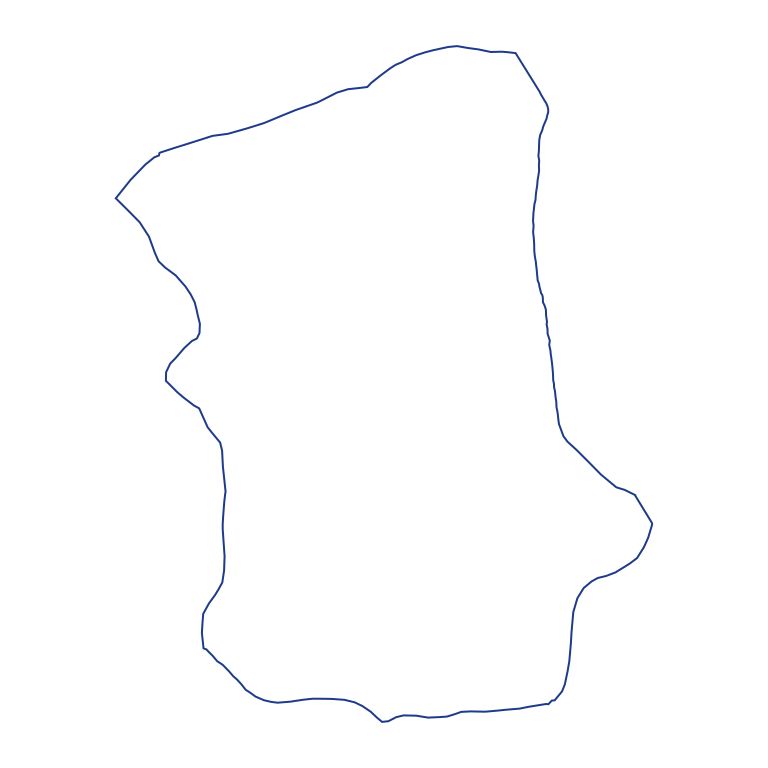 the district of Bambey, Diourbel, Senegal
{"feature_id": "50182788B75300917140294", "entity_name": "Bambey", "entity_type": "district", "adm_level": 2, "iso_a3": "SEN", "parent_name": "Senegal", "parent_adm1": "Diourbel", "projection": "natural_earth1", "projection_center": [-16.464, 14.81], "detail": "fine", "context": "isolated", "style": "outline", "palette": "blue", "viewbox_px": 768, "rotation_deg": 0, "n_neighbors": 0, "source": "geoboundaries", "source_scale": "gbopen_adm2", "svg_char_len": 3218}
<svg xmlns="http://www.w3.org/2000/svg" viewBox="0 0 768 768"><path d="M515.6,53.1L508.7,52.3L501.9,51.7L490.9,52.0L478.4,49.4L468.0,48.0L457.1,46.1L448.1,47.0L447.7,47.1L440.6,48.6L432.5,50.4L425.3,52.3L416.1,55.2L407.6,59.0L401.7,62.3L399.5,63.2L396.1,64.6L394.1,65.8L389.8,68.6L380.9,75.2L371.3,82.8L367.3,87.0L360.1,87.9L348.1,89.2L336.9,92.6L320.8,100.8L317.1,102.6L295.8,110.0L282.5,115.4L271.0,120.2L264.2,123.0L247.7,128.2L228.0,133.8L212.4,135.9L190.5,142.9L173.9,148.1L160.1,152.6L159.4,153.1L159.1,154.6L158.9,155.5L154.3,157.3L145.3,164.6L130.7,179.7L115.8,198.3L129.4,211.8L139.7,222.3L149.0,236.7L154.9,252.9L158.6,261.3L165.2,267.6L175.7,275.4L185.6,286.7L190.8,294.6L194.7,302.3L196.7,310.2L197.7,315.0L199.9,323.8L199.8,325.9L199.5,333.0L196.9,338.5L191.9,341.0L184.4,347.9L175.4,358.3L170.2,363.6L166.1,372.2L165.9,380.8L170.2,385.1L177.6,392.5L183.9,397.8L193.8,405.4L199.2,408.4L207.6,427.2L212.1,432.9L220.1,442.5L222.0,450.2L222.1,450.8L222.9,466.5L224.7,483.4L225.5,490.9L225.6,491.3L225.2,493.8L224.3,501.6L223.2,515.7L222.7,524.1L222.7,529.1L224.6,556.6L224.5,558.2L224.1,570.4L222.3,582.5L218.6,589.2L215.0,595.1L208.9,603.5L203.2,613.9L202.5,622.9L201.9,633.0L203.5,648.0L203.6,648.4L206.4,649.4L209.7,652.9L212.4,655.5L217.2,661.2L222.8,664.9L229.2,671.5L233.3,676.3L237.0,679.5L241.4,684.3L245.7,689.8L249.8,692.4L255.4,696.5L263.9,700.2L271.2,701.9L277.6,702.7L290.1,701.7L303.4,699.7L312.8,698.7L325.5,698.8L330.4,698.9L333.0,699.0L344.2,699.8L346.0,700.2L354.6,702.3L362.3,706.0L370.7,711.7L377.4,718.0L382.1,721.9L388.4,721.2L396.1,717.2L403.6,715.4L416.3,715.7L428.1,717.6L439.3,717.1L446.8,716.6L452.5,714.9L455.6,713.9L461.2,711.9L470.6,711.4L485.1,711.7L498.8,710.5L505.3,709.8L519.7,708.6L528.6,706.8L535.5,705.7L546.1,704.0L548.4,704.2L551.8,700.6L554.7,700.3L562.1,691.3L564.8,684.5L567.6,671.2L569.3,661.3L570.9,643.1L571.5,632.5L573.3,612.1L577.4,598.2L583.7,588.0L591.6,581.4L597.7,578.0L606.0,576.0L615.5,572.4L629.7,563.6L637.1,558.0L643.8,547.4L645.1,544.6L648.2,537.7L652.2,524.3L651.8,522.7L635.9,496.7L635.4,495.8L635.1,495.4L635.2,495.1L624.7,489.9L616.3,487.3L601.1,474.7L587.5,460.9L576.6,450.0L567.5,441.7L563.5,436.3L559.0,424.2L558.4,420.0L557.8,414.4L557.4,411.5L556.5,407.3L556.3,401.7L555.6,397.4L555.0,391.4L554.0,386.8L554.0,384.1L553.2,380.2L553.1,376.3L552.8,371.1L552.3,366.1L551.8,361.2L551.7,361.1L551.4,358.7L551.3,357.6L550.8,354.6L550.4,350.3L549.2,344.9L549.8,340.7L547.6,333.7L547.5,328.8L546.6,324.5L547.0,321.8L546.1,315.7L545.9,309.6L544.4,305.1L543.0,302.4L542.8,297.4L542.2,294.8L541.2,293.5L539.5,286.9L538.9,283.4L537.7,280.5L537.1,274.5L536.6,268.9L536.2,265.7L535.8,261.8L534.9,256.6L534.3,251.3L534.2,246.5L534.2,244.7L533.8,238.1L533.1,232.1L533.6,226.1L533.1,221.3L533.0,221.0L533.1,219.9L533.4,213.5L533.9,209.3L534.4,204.4L535.5,199.9L535.8,195.3L536.2,191.9L536.5,189.5L536.6,189.3L537.2,185.2L537.6,180.2L538.4,175.5L539.1,170.7L538.9,165.6L539.2,160.5L538.4,156.0L538.9,150.8L539.0,146.4L539.3,139.8L540.2,134.9L542.2,130.4L543.2,126.6L544.7,123.0L546.5,118.8L547.2,115.6L548.2,112.2L548.2,109.1L547.4,106.0L546.1,103.0L544.5,100.5L542.8,97.6L541.0,94.6L539.6,91.7L515.6,53.1Z" fill="none" stroke="#1e3a8a" stroke-width="2"/></svg>